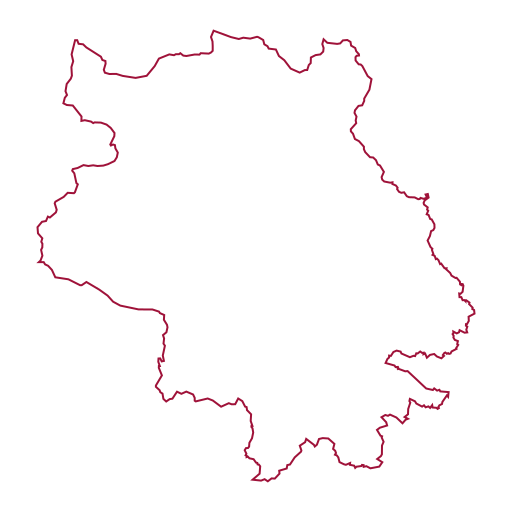 outline of El Tambo, Cauca, Colombia
{"feature_id": "7082276B344609225912", "entity_name": "El Tambo", "entity_type": "district", "adm_level": 2, "iso_a3": "COL", "parent_name": "Colombia", "parent_adm1": "Cauca", "projection": "orthographic", "projection_center": [-76.91, 2.517], "detail": "fine", "context": "isolated", "style": "outline", "palette": "rose", "viewbox_px": 512, "rotation_deg": 0, "n_neighbors": 0, "source": "geoboundaries", "source_scale": "gbopen_adm2", "svg_char_len": 5971}
<svg xmlns="http://www.w3.org/2000/svg" viewBox="0 0 512 512"><path d="M431.7,219.4L430.2,219.0L428.6,215.0L426.7,214.3L428.2,210.7L427.1,209.6L427.7,207.4L424.0,204.5L423.6,202.9L424.7,200.4L428.6,197.6L427.8,194.0L425.6,194.5L426.7,196.8L426.1,198.0L423.6,198.8L420.5,197.9L419.8,199.0L418.2,199.2L414.7,197.4L409.0,197.2L406.8,196.2L404.1,192.3L401.3,192.8L399.0,191.8L397.1,189.1L397.6,187.7L395.9,185.5L392.4,184.0L392.5,182.3L390.3,182.7L384.2,181.5L382.2,179.6L381.6,177.1L383.9,171.9L380.0,165.5L377.8,164.5L376.0,160.2L373.2,157.5L370.0,157.2L365.2,152.1L363.9,149.2L363.9,146.7L358.9,141.1L354.9,139.0L353.0,133.7L350.9,131.4L350.8,129.2L356.2,123.2L355.7,120.4L356.5,116.6L354.5,112.9L355.0,110.3L358.5,105.9L362.2,105.3L364.2,100.9L364.2,98.6L369.4,89.7L371.5,79.1L367.7,76.1L362.3,66.0L360.7,64.5L358.7,64.3L355.6,60.5L355.5,57.2L356.6,55.8L359.0,55.5L358.9,54.2L356.2,51.2L355.2,48.0L351.1,45.6L350.5,41.9L347.3,40.0L342.9,40.4L340.2,43.4L337.2,43.9L327.3,42.8L323.6,39.3L322.3,44.1L323.6,48.0L323.2,51.6L320.4,54.4L315.6,55.1L310.9,57.5L310.7,63.1L308.8,65.0L307.2,70.0L304.8,70.1L299.7,72.6L290.7,68.6L284.3,60.2L278.9,56.0L275.9,49.5L268.7,48.6L267.5,46.2L264.3,44.3L263.2,40.0L258.4,37.2L257.1,36.8L250.2,38.6L243.3,37.7L238.8,39.0L231.0,37.1L213.6,30.7L211.0,37.0L212.5,41.5L212.7,45.9L212.7,50.8L211.0,52.5L208.8,53.6L200.7,53.2L199.5,54.6L194.7,54.5L186.4,56.0L183.3,55.6L180.3,53.2L179.0,54.2L175.8,54.2L174.0,55.2L169.3,54.4L158.9,58.6L154.7,66.1L146.7,75.8L135.6,77.9L122.7,75.9L116.2,73.9L109.4,74.0L104.9,72.7L103.8,69.8L105.6,63.7L105.4,61.0L102.4,60.0L100.9,56.7L86.3,47.4L83.1,44.3L78.6,43.8L77.2,40.2L75.1,40.2L71.6,54.4L73.2,61.2L71.4,67.1L71.9,75.7L70.8,78.7L66.7,84.0L65.5,91.2L67.0,95.0L64.8,97.8L63.4,103.3L66.8,105.0L72.8,105.5L81.5,116.5L81.4,120.9L84.8,120.2L91.1,121.6L93.2,123.1L94.6,122.4L100.9,122.6L106.6,124.6L110.8,128.0L114.5,133.0L114.3,136.2L110.3,144.5L110.9,145.5L113.0,144.5L114.9,145.1L115.4,148.4L117.8,152.6L116.8,157.3L114.5,161.0L107.9,164.2L103.3,165.6L97.5,166.0L93.2,165.3L88.3,166.0L83.5,165.1L77.6,168.0L72.8,169.1L72.2,170.7L74.3,173.3L76.4,183.1L77.8,184.3L74.9,192.3L73.9,193.2L67.7,192.8L63.7,196.9L55.4,201.7L54.7,203.3L56.7,209.8L55.9,212.4L49.9,217.5L47.9,216.6L46.0,221.0L42.0,221.8L37.5,227.2L38.0,233.4L42.3,238.3L41.3,241.8L42.4,243.7L42.3,247.4L41.1,249.9L42.4,255.7L40.5,260.6L38.9,262.1L43.7,262.1L45.1,264.4L48.1,265.8L51.9,269.9L55.3,277.3L68.4,279.3L80.1,285.2L81.7,285.2L86.4,282.0L99.2,289.6L107.6,295.6L113.1,301.7L120.3,305.6L138.5,309.4L152.5,309.5L159.0,311.6L159.9,313.1L164.2,315.0L163.9,319.8L167.0,324.8L167.5,327.3L166.4,332.3L163.0,335.1L164.1,338.5L163.5,343.6L164.9,345.7L162.8,355.5L163.9,360.9L161.7,361.4L160.2,358.4L158.5,358.5L158.3,361.8L159.8,366.0L158.9,366.0L158.8,367.8L161.9,375.4L155.9,385.5L155.9,386.8L159.6,390.2L160.3,392.2L162.5,393.6L163.4,398.9L166.2,401.5L169.7,399.1L172.4,398.7L177.0,391.7L181.4,393.8L186.3,391.6L193.1,394.5L194.7,397.9L194.7,400.7L195.7,401.4L207.7,398.5L212.8,400.5L221.1,406.7L228.8,403.2L231.7,404.3L235.2,404.2L238.2,398.5L242.3,401.1L245.1,406.6L246.6,407.1L247.0,410.1L251.1,414.3L250.7,421.0L252.4,425.9L251.5,425.9L251.4,426.9L252.5,428.3L253.2,432.5L252.0,438.3L249.4,442.8L249.1,446.6L248.0,448.0L246.0,448.1L244.7,450.2L246.4,453.7L245.6,455.3L246.7,455.8L246.6,457.1L247.9,456.7L249.4,458.3L253.6,459.2L256.0,462.6L257.3,462.9L257.6,464.4L258.9,464.6L260.2,466.3L259.6,473.7L252.6,479.7L261.1,480.6L264.6,479.2L267.8,481.3L271.6,478.4L274.8,478.6L279.5,473.6L279.2,470.7L286.7,468.5L287.3,465.1L290.0,464.5L294.7,457.4L301.0,451.7L301.4,450.5L299.8,445.7L305.1,442.2L306.2,438.9L313.9,444.8L314.8,446.5L316.9,444.7L319.0,439.0L322.7,438.1L328.3,438.5L334.4,443.9L333.1,448.9L335.2,450.8L336.0,453.0L335.0,454.7L336.8,455.4L338.3,457.4L339.5,462.1L344.0,464.3L345.9,464.8L350.1,463.0L349.9,464.8L354.2,465.7L355.2,467.9L356.5,466.7L361.5,466.0L362.0,464.9L363.6,465.1L363.7,466.8L366.4,466.2L370.4,468.3L379.3,466.6L382.3,462.2L377.2,459.0L380.9,456.1L381.9,454.3L382.0,445.5L383.6,441.8L381.7,437.6L382.1,436.3L380.5,435.7L377.0,429.9L379.9,427.7L387.1,425.5L386.2,422.2L381.5,417.2L385.3,415.0L388.0,415.8L390.0,414.6L396.4,417.5L402.5,423.3L405.6,419.7L407.9,418.8L404.6,417.0L408.0,414.3L408.2,409.0L410.3,402.6L409.4,401.1L409.9,398.9L415.0,401.3L416.3,403.5L422.1,406.6L424.0,405.3L425.6,407.3L428.4,406.4L430.1,407.9L432.2,405.1L432.6,407.5L436.4,407.8L437.6,408.9L438.9,408.1L438.4,406.9L439.4,405.3L442.0,404.0L442.4,401.9L446.9,395.4L448.1,396.8L448.6,392.1L440.3,391.4L439.4,389.8L437.1,390.6L434.2,388.4L432.9,390.0L426.2,388.5L407.6,371.1L405.2,371.3L398.5,368.8L397.2,369.4L398.3,368.0L397.9,366.9L395.6,367.1L394.5,365.5L385.6,363.0L387.4,359.0L389.1,357.5L389.1,355.6L390.9,355.9L393.4,352.0L396.6,350.6L400.6,351.6L401.4,353.5L409.9,357.2L413.5,355.8L415.1,356.1L416.3,353.3L417.6,353.5L420.2,351.5L422.1,352.9L423.7,352.7L423.5,354.2L425.1,353.5L426.9,357.7L430.0,354.9L434.2,354.0L436.9,356.5L441.4,358.3L444.0,355.9L442.9,355.0L444.4,352.9L445.4,352.5L446.9,353.8L448.1,353.1L449.1,353.9L450.5,353.5L451.6,351.4L456.5,348.9L456.1,348.2L458.2,344.9L457.2,344.1L457.9,341.1L454.8,339.9L453.4,337.5L453.7,335.9L452.6,334.1L453.4,333.3L453.3,331.5L456.7,333.4L459.0,332.3L459.6,330.2L464.6,332.7L467.2,332.4L466.3,329.7L467.3,326.6L465.9,325.7L466.0,324.1L467.0,324.1L468.8,320.9L468.6,316.7L474.5,313.6L474.1,310.0L472.3,309.0L472.6,307.6L469.1,304.1L469.5,302.6L466.1,300.2L465.2,300.3L465.3,301.1L464.3,300.1L462.6,300.2L461.3,297.1L459.5,297.1L459.2,293.5L460.5,293.8L462.6,291.8L463.4,285.7L462.7,284.1L461.7,284.0L461.4,285.1L460.1,284.4L459.9,281.7L456.6,277.8L455.5,278.0L451.5,275.6L450.2,273.0L446.1,269.2L446.5,268.3L444.5,268.2L441.2,263.6L440.1,264.1L438.5,260.2L436.9,258.6L435.8,259.1L434.7,255.9L432.6,254.9L433.4,254.1L431.9,249.8L432.4,248.8L430.5,247.0L427.6,240.5L429.9,236.1L431.1,231.1L433.3,230.1L434.5,227.9L434.4,224.3L431.7,219.4Z" fill="none" stroke="#9f1239" stroke-width="2"/></svg>